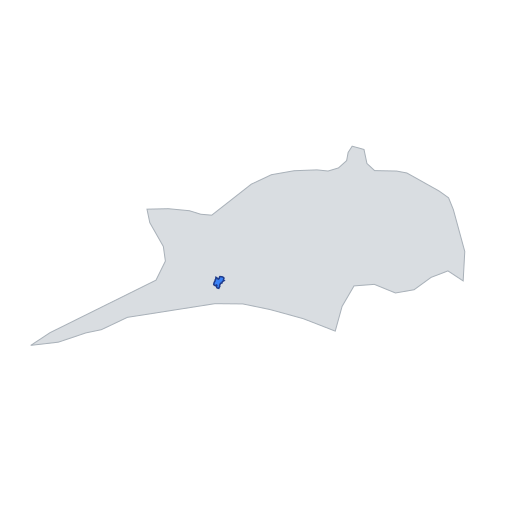 Kiados, Cyprus shown in context, rotated 189°
{"feature_id": "46923920B15009716922247", "entity_name": "Kiados", "entity_type": "district", "adm_level": 2, "iso_a3": "CYP", "parent_name": "Cyprus", "parent_adm1": "", "projection": "mercator", "projection_center": [33.604, 35.258], "detail": "fine", "context": "in_parent", "style": "filled", "palette": "blue", "viewbox_px": 512, "rotation_deg": 189, "n_neighbors": 0, "source": "geoboundaries", "source_scale": "gbopen_adm2", "svg_char_len": 1629}
<svg xmlns="http://www.w3.org/2000/svg" viewBox="0 0 512 512"><g transform="rotate(189 256 256)"><path d="M366.1,272.3L371.0,285.2L350.0,289.0L328.9,290.3L317.1,288.6L306.1,289.4L271.9,326.2L253.5,338.7L231.6,346.2L209.3,350.6L198.1,351.2L188.3,355.9L181.4,364.4L181.2,372.7L178.2,379.5L166.0,378.1L160.9,364.7L152.2,358.9L130.5,361.9L120.0,361.6L85.3,348.8L74.9,343.6L68.3,332.6L50.5,293.1L47.5,263.8L64.1,271.3L79.7,262.3L94.6,247.4L112.5,241.3L123.6,243.9L134.7,246.5L154.5,241.8L163.1,219.7L166.0,194.2L199.6,201.5L233.7,205.3L261.6,206.6L289.1,202.5L373.4,175.3L397.3,159.0L412.1,153.4L437.7,140.0L464.5,132.5L447.4,148.1L351.0,216.5L344.7,236.8L349.0,250.9L362.5,267.8L366.1,272.3Z" fill="#d9dde1" stroke="#a8b0b8" stroke-width="1"/><path d="M289.4,218.4L289.0,218.3L288.4,218.3L287.7,218.2L287.6,218.7L287.4,219.2L287.2,219.9L287.0,220.2L287.2,220.9L287.3,221.3L287.3,221.6L287.2,222.0L287.1,222.4L286.8,222.9L286.8,223.3L286.4,223.7L286.1,223.8L285.5,223.9L285.4,224.4L285.3,225.1L285.0,225.6L284.6,226.0L284.3,226.2L284.0,226.4L283.7,226.7L284.1,226.8L284.4,227.3L284.4,227.8L284.2,228.5L284.2,229.2L284.8,229.7L285.3,229.9L285.8,230.1L286.4,230.1L286.9,230.1L287.6,230.1L287.9,230.1L288.5,230.0L288.7,229.5L288.8,229.0L288.7,228.5L288.9,227.9L289.2,227.5L289.7,227.2L290.0,227.5L290.3,227.8L291.0,228.1L291.5,228.4L292.2,228.7L292.2,227.8L292.1,227.0L292.5,226.3L292.6,225.7L292.5,225.0L292.8,224.4L293.0,223.9L293.2,223.1L293.3,222.0L293.3,221.2L292.7,220.7L291.5,220.3L291.0,220.8L290.4,221.2L290.0,220.7L290.4,220.0L290.1,219.3L289.8,218.8L289.4,218.4Z" fill="#3b82f6" stroke="#1e3a8a" stroke-width="1.5"/></g></svg>